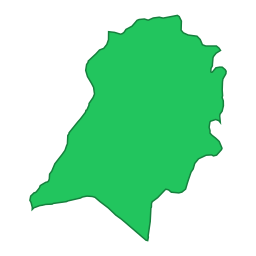 outline of Monjas, Jalapa, Guatemala
{"feature_id": "79465075B55723885178845", "entity_name": "Monjas", "entity_type": "district", "adm_level": 2, "iso_a3": "GTM", "parent_name": "Guatemala", "parent_adm1": "Jalapa", "projection": "natural_earth1", "projection_center": [-89.899, 14.508], "detail": "fine", "context": "isolated", "style": "filled", "palette": "green", "viewbox_px": 256, "rotation_deg": 0, "n_neighbors": 0, "source": "geoboundaries", "source_scale": "gbopen_adm2", "svg_char_len": 1886}
<svg xmlns="http://www.w3.org/2000/svg" viewBox="0 0 256 256"><path d="M185.6,189.1L187.4,182.9L188.6,179.2L191.0,172.2L193.2,168.9L194.7,163.5L198.5,158.8L206.2,155.2L211.6,154.9L213.5,155.9L216.6,155.1L221.5,149.6L222.0,148.2L219.2,141.5L215.6,138.1L211.9,135.2L210.0,133.1L210.0,130.6L209.1,127.3L209.9,122.1L210.6,121.2L215.7,119.5L218.8,120.6L220.3,122.5L219.7,116.2L219.9,114.3L222.1,111.2L223.4,105.8L223.3,100.9L222.1,97.5L222.6,95.7L222.2,90.0L222.5,81.8L222.9,79.0L225.9,73.7L226.1,71.2L225.1,69.6L222.3,67.2L219.8,67.1L215.9,67.8L212.2,72.2L211.2,72.3L210.8,71.7L211.0,68.5L212.4,65.8L212.4,64.6L213.0,57.6L213.7,56.2L216.1,53.2L220.5,50.4L219.0,48.1L216.4,46.0L205.7,46.0L202.4,44.7L200.2,39.5L197.0,36.2L188.1,35.0L183.3,32.8L181.1,30.1L181.4,21.1L179.2,16.6L177.4,15.4L163.1,18.1L159.3,17.2L153.2,18.0L148.2,20.2L144.4,19.0L139.1,19.5L137.1,20.3L132.0,26.2L126.0,29.4L124.0,32.4L122.2,33.7L120.5,34.2L114.6,32.4L108.6,31.7L108.5,39.7L106.8,44.5L103.7,48.4L99.5,50.0L95.9,53.9L88.2,61.1L88.1,62.3L86.6,64.5L85.7,70.4L87.5,76.6L91.5,83.3L93.6,87.4L94.5,94.0L93.1,97.5L89.1,103.4L88.9,105.4L86.9,109.9L86.0,110.3L85.4,112.4L80.3,119.1L77.9,121.8L69.1,132.7L69.0,133.7L67.8,135.5L67.4,144.0L66.7,145.4L65.0,150.4L62.1,154.5L54.9,163.7L51.8,171.1L49.6,174.1L49.3,179.0L48.6,180.8L47.6,181.9L45.8,182.3L40.3,185.5L39.3,188.1L36.4,191.7L35.2,192.7L34.2,192.7L30.7,196.1L29.9,200.3L31.1,202.6L32.3,207.4L32.2,209.5L34.0,207.7L35.5,207.2L39.7,205.6L42.4,205.2L45.7,204.4L52.1,204.1L53.4,203.4L66.5,201.6L67.9,200.9L80.5,198.0L82.4,197.0L86.9,196.1L89.8,196.3L92.3,196.5L95.0,197.3L100.0,201.6L108.4,208.0L115.8,215.1L121.5,219.2L146.0,240.2L147.7,240.6L148.4,237.0L148.1,236.0L150.2,221.5L150.9,208.1L151.4,207.1L151.5,203.5L152.2,201.7L157.6,197.7L165.7,189.2L168.5,189.8L171.3,192.2L178.8,192.9L181.9,192.1L185.6,189.1Z" fill="#22c55e" stroke="#15803d" stroke-width="1.5"/></svg>